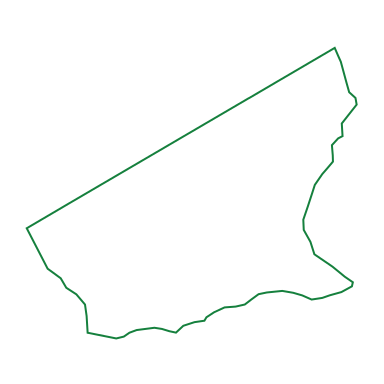 Dédé-Mokouba, Mambéré-Kadéï, Central African Republic (Equal Earth projection), rotated 92°
{"feature_id": "33826404B19731387545693", "entity_name": "Dédé-Mokouba", "entity_type": "district", "adm_level": 2, "iso_a3": "CAF", "parent_name": "Central African Republic", "parent_adm1": "Mambéré-Kadéï", "projection": "equal_earth", "projection_center": [15.345, 3.879], "detail": "fine", "context": "isolated", "style": "outline", "palette": "green", "viewbox_px": 384, "rotation_deg": 92, "n_neighbors": 0, "source": "geoboundaries", "source_scale": "gbopen_adm2", "svg_char_len": 902}
<svg xmlns="http://www.w3.org/2000/svg" viewBox="0 0 384 384"><g transform="rotate(92 192 192)"><path d="M336.3,291.4L341.0,262.6L338.9,255.1L334.8,249.6L331.9,242.5L329.0,224.8L329.9,217.3L331.9,209.8L333.1,203.1L326.0,196.0L322.0,185.0L320.2,175.1L316.7,173.2L311.4,165.7L306.2,155.4L305.0,144.4L302.6,135.3L297.4,129.0L291.8,121.9L289.8,113.7L287.7,98.3L289.2,87.3L291.5,78.2L295.3,68.7L293.3,58.1L290.4,50.6L286.8,39.2L280.7,28.9L276.6,28.1L271.3,36.4L261.7,49.0L250.0,67.5L237.7,71.9L226.0,79.0L215.8,79.8L202.6,75.8L189.1,71.9L180.6,69.5L169.5,62.4L163.7,57.7L156.7,52.2L150.5,52.6L140.3,53.8L133.3,47.8L130.9,43.5L118.3,44.7L98.9,30.5L92.3,31.9L86.8,38.4L77.1,41.5L56.7,47.8L51.0,50.6L43.0,54.4L78.1,109.8L96.2,138.3L96.3,138.6L207.5,314.2L234.0,355.9L273.7,333.6L282.8,320.2L292.1,314.3L298.3,304.0L308.2,295.0L319.6,293.0L336.3,291.4Z" fill="none" stroke="#15803d" stroke-width="2"/></g></svg>